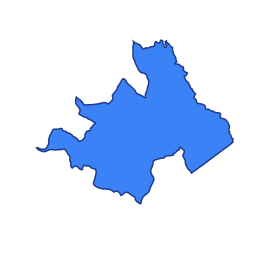 outline of Águas Vermelhas, Minas Gerais, Brazil, rotated 59°
{"feature_id": "56859067B86331231405573", "entity_name": "Águas Vermelhas", "entity_type": "district", "adm_level": 2, "iso_a3": "BRA", "parent_name": "Brazil", "parent_adm1": "Minas Gerais", "projection": "mercator", "projection_center": [-41.555, -15.724], "detail": "fine", "context": "isolated", "style": "filled", "palette": "blue", "viewbox_px": 256, "rotation_deg": 59, "n_neighbors": 0, "source": "geoboundaries", "source_scale": "gbopen_adm2", "svg_char_len": 5778}
<svg xmlns="http://www.w3.org/2000/svg" viewBox="0 0 256 256"><g transform="rotate(59 128 128)"><path d="M191.1,43.6L189.6,44.3L187.9,43.9L186.5,43.5L185.0,43.9L183.7,42.9L182.3,42.8L181.0,42.5L180.1,41.1L178.9,40.2L177.9,39.9L176.6,39.9L174.7,39.5L173.5,39.7L171.9,39.8L170.7,40.4L169.6,40.9L168.8,42.0L167.8,42.7L166.6,43.2L165.3,43.2L163.8,41.4L162.5,41.7L161.8,42.6L160.9,43.6L159.9,44.9L158.5,46.0L157.1,46.5L156.4,48.0L154.7,48.7L153.4,49.2L152.9,50.4L152.0,51.5L150.3,51.1L148.9,50.5L147.5,50.9L146.4,51.7L145.5,52.4L144.7,53.2L143.8,54.3L143.0,55.5L141.9,55.9L140.4,55.6L139.0,55.2L137.5,55.5L135.7,56.0L134.9,55.0L134.2,54.0L133.8,52.6L132.0,52.8L130.4,53.3L128.9,53.0L127.2,53.1L125.7,53.9L124.5,53.3L123.4,53.2L121.9,53.3L120.7,52.8L119.5,53.1L118.0,53.7L116.5,53.7L114.9,53.7L112.8,53.3L113.0,51.9L112.7,50.6L112.0,49.4L111.2,48.8L109.5,50.1L108.4,50.4L106.8,50.8L105.7,49.7L104.4,49.4L103.3,49.4L102.9,50.7L101.7,50.9L100.3,51.4L98.9,52.2L98.2,53.6L97.0,54.6L96.5,53.5L96.3,51.9L94.8,52.1L93.7,51.4L92.4,50.9L90.7,50.8L89.2,50.9L86.9,50.6L85.8,50.0L84.4,49.9L83.2,49.1L81.8,48.3L80.6,49.3L79.2,49.6L77.6,49.5L76.2,50.0L75.0,50.5L73.0,50.3L73.3,51.8L74.5,51.9L75.5,53.0L77.2,52.4L78.4,53.5L78.2,54.8L76.4,55.0L74.9,54.7L73.7,54.6L72.5,54.3L71.5,53.4L70.4,53.7L69.6,54.8L70.6,56.1L71.3,57.3L70.9,58.3L70.1,58.8L69.0,59.0L68.2,59.9L69.1,61.3L70.2,62.1L71.0,62.9L71.1,64.6L70.3,66.0L70.1,67.6L69.8,69.3L69.2,70.7L68.3,71.8L68.6,73.0L68.4,74.4L66.7,74.5L65.3,75.0L63.9,74.7L62.4,75.1L61.2,76.3L60.0,76.9L58.9,78.1L56.6,78.8L58.1,79.3L59.0,80.1L60.0,81.1L61.5,82.3L63.1,83.2L64.6,83.8L66.6,85.3L67.9,86.1L69.5,86.9L70.7,87.4L71.8,87.5L72.8,87.5L75.4,88.1L76.7,88.4L77.8,88.5L79.1,88.6L82.6,88.9L83.8,88.9L85.2,88.8L86.6,88.5L87.7,88.0L88.6,86.8L89.3,85.9L90.6,85.2L92.3,84.8L93.6,85.1L94.9,85.6L96.6,85.8L98.2,86.1L99.7,86.8L100.9,87.7L103.2,90.3L104.6,91.4L105.5,92.3L106.1,93.4L106.9,94.2L107.6,95.3L108.9,96.3L110.7,97.1L110.4,98.3L108.9,98.7L107.6,99.5L106.5,100.2L105.3,100.9L104.4,101.7L103.2,102.7L101.5,102.9L99.9,102.7L98.3,102.9L97.2,103.3L95.9,103.5L93.7,104.1L91.0,105.0L89.4,105.5L87.7,105.6L86.2,105.4L84.8,105.7L83.8,106.1L83.2,107.3L83.7,108.8L84.6,110.1L85.9,112.3L86.8,114.5L87.3,115.4L88.0,116.3L88.9,117.2L89.7,118.5L90.7,121.5L91.1,122.6L91.4,123.8L92.1,124.6L93.0,125.1L94.1,125.2L95.3,126.0L96.0,127.4L96.7,128.8L97.2,132.6L95.6,133.6L94.6,134.4L93.9,135.4L93.3,137.0L92.8,138.4L92.4,139.6L91.8,141.7L91.2,142.8L90.0,145.8L88.7,148.1L87.3,150.7L86.6,152.1L85.6,153.5L84.5,154.0L82.9,153.8L79.9,154.4L78.6,155.0L77.2,155.6L74.9,156.3L76.0,157.5L77.1,158.3L78.2,159.2L79.8,160.0L81.4,160.1L83.0,159.8L84.6,159.6L86.5,159.6L88.0,159.9L88.8,160.4L89.5,161.4L90.1,162.5L91.2,162.7L92.6,162.0L94.0,160.9L95.4,160.4L96.3,159.7L97.0,158.6L98.4,158.0L99.5,157.6L101.6,156.0L102.8,155.5L103.8,154.9L105.2,154.3L106.2,153.5L107.2,153.4L107.3,154.5L107.4,156.1L108.6,157.6L108.5,159.2L109.1,160.5L110.4,161.3L110.5,162.6L109.9,163.7L109.7,165.0L110.2,166.3L110.8,167.3L111.6,168.2L112.6,169.0L113.8,169.6L114.6,172.3L114.9,173.4L114.9,174.7L114.3,176.1L113.7,177.3L112.1,177.0L110.2,177.4L109.1,177.9L108.3,178.5L106.9,179.5L105.5,179.4L103.8,180.3L102.4,180.7L101.7,181.8L100.7,182.4L99.5,182.9L98.5,183.2L98.2,184.4L97.1,185.0L95.7,185.2L94.8,184.9L93.7,185.8L93.4,187.5L92.8,188.9L92.1,189.9L91.3,191.3L90.7,192.8L91.2,193.9L93.2,196.7L93.9,198.0L94.5,199.2L96.9,201.7L97.9,202.5L99.1,203.0L100.2,203.8L101.2,204.9L102.9,207.7L103.3,209.4L102.9,211.2L101.8,212.8L100.7,213.9L99.9,214.8L98.5,215.3L98.0,216.5L99.7,216.2L101.4,215.5L103.1,214.2L104.4,213.1L105.2,211.8L105.7,210.5L105.9,208.0L106.1,206.9L106.5,205.7L107.2,204.4L108.2,203.3L109.4,201.6L110.8,198.6L111.5,197.5L112.2,196.2L113.0,193.7L113.8,193.1L115.0,193.0L116.3,192.8L117.4,192.7L118.6,192.9L120.1,192.9L121.3,192.4L122.8,192.7L124.1,193.4L125.0,194.1L126.4,194.7L128.2,194.9L129.3,195.3L130.3,196.1L131.1,196.6L132.5,196.8L133.6,196.4L133.4,195.3L133.2,194.1L133.9,192.2L135.1,191.2L136.4,191.0L137.4,190.8L138.8,190.2L140.1,189.1L139.8,188.1L138.9,187.6L138.0,186.5L137.3,185.0L139.0,183.2L139.6,182.4L140.1,181.5L141.1,180.5L142.4,180.3L143.4,179.9L144.8,178.8L145.8,177.7L146.7,177.3L148.2,177.4L149.3,178.0L150.3,178.6L151.4,179.7L152.5,180.9L153.7,181.9L154.8,182.8L155.4,183.6L156.0,184.5L156.9,185.6L158.1,186.3L159.4,186.4L160.9,186.0L162.3,185.2L163.7,184.3L164.6,183.6L165.4,182.8L166.4,181.9L167.6,180.5L168.9,178.2L169.7,177.4L171.3,175.3L172.5,174.4L173.6,173.8L174.7,173.4L175.7,173.0L175.9,171.3L176.7,169.8L178.0,169.0L179.0,168.7L180.3,168.6L182.0,168.8L182.4,167.2L181.9,165.6L181.8,164.1L182.0,163.1L182.5,162.1L183.6,161.1L185.0,160.5L186.2,160.0L189.5,158.5L190.5,158.1L191.7,157.9L192.7,158.4L193.8,158.6L195.2,158.3L196.9,157.8L197.8,157.4L198.8,156.8L199.4,156.0L197.1,153.8L196.3,152.9L195.5,151.8L195.0,150.7L194.6,149.8L194.3,148.0L194.0,145.1L193.3,143.0L192.3,141.6L191.2,140.2L190.2,139.1L189.4,137.9L187.7,135.1L186.9,134.2L186.3,133.3L185.4,132.3L183.8,131.6L182.3,131.5L181.2,131.7L180.1,131.7L179.0,131.3L177.3,131.2L176.0,130.2L174.7,129.0L173.1,126.6L171.8,125.2L170.5,124.1L169.3,123.5L169.5,122.4L169.3,121.2L169.7,120.1L169.9,118.9L170.1,117.8L170.6,116.8L170.9,115.7L171.2,114.4L172.0,113.5L172.2,112.2L171.7,110.6L171.9,109.0L172.6,107.9L173.1,106.9L173.5,105.7L174.0,104.7L174.6,103.6L173.8,102.4L173.5,101.3L173.3,98.7L172.8,97.6L173.0,96.3L172.8,94.7L171.6,94.3L171.1,93.3L172.0,92.7L173.2,92.4L174.8,91.8L176.6,91.4L177.9,92.5L178.9,93.9L179.8,95.1L180.8,95.5L181.9,95.5L182.9,95.5L184.6,95.5L186.1,96.0L187.2,96.7L188.2,97.1L189.8,97.5L191.3,97.6L192.8,97.6L194.1,97.6L196.7,96.9L197.9,96.8L199.3,96.8L198.0,81.2L196.5,67.2L195.1,52.3L194.8,49.3L194.2,45.6L192.9,44.6L191.1,43.6Z" fill="#3b82f6" stroke="#1e3a8a" stroke-width="1.5"/></g></svg>